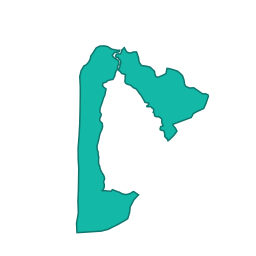 outline of Commonwealth, Grand Cape Mount, Liberia, rotated 68°
{"feature_id": "62588387B80584494728088", "entity_name": "Commonwealth", "entity_type": "district", "adm_level": 2, "iso_a3": "LBR", "parent_name": "Liberia", "parent_adm1": "Grand Cape Mount", "projection": "mercator", "projection_center": [-11.29, 6.738], "detail": "fine", "context": "isolated", "style": "filled", "palette": "teal", "viewbox_px": 256, "rotation_deg": 68, "n_neighbors": 0, "source": "geoboundaries", "source_scale": "gbopen_adm2", "svg_char_len": 3626}
<svg xmlns="http://www.w3.org/2000/svg" viewBox="0 0 256 256"><g transform="rotate(68 128 128)"><path d="M189.1,146.5L189.0,147.6L189.5,150.0L189.5,151.4L189.1,154.4L188.1,156.3L186.9,158.0L184.4,160.0L182.7,162.0L180.4,164.4L179.3,165.6L180.2,167.4L180.0,168.0L178.8,170.6L178.6,171.0L177.3,172.9L177.1,174.2L176.3,175.3L175.9,174.3L174.1,172.3L171.5,171.1L169.4,171.0L167.9,170.2L166.6,168.9L165.5,168.5L162.6,168.3L159.3,169.0L155.8,169.2L152.2,168.5L151.0,168.8L149.5,168.4L147.1,167.5L144.0,166.0L141.7,165.7L138.7,164.6L136.6,164.7L133.9,163.8L132.4,163.0L130.6,161.6L128.3,159.9L126.7,158.8L124.4,157.3L121.9,155.3L119.8,153.0L117.4,151.1L113.9,150.1L112.4,150.9L110.5,151.4L108.7,150.6L107.5,149.4L106.7,148.6L105.2,147.6L103.9,147.9L102.4,148.0L99.0,146.3L97.4,144.9L94.8,142.5L91.1,139.6L89.1,137.4L86.4,135.6L83.6,133.7L81.0,135.3L79.4,135.6L78.0,135.2L77.0,134.1L77.1,132.6L77.3,131.0L76.7,129.9L76.5,128.8L76.7,126.8L77.0,125.1L77.3,123.8L76.1,122.3L74.5,120.5L73.8,120.3L73.6,120.2L71.6,118.5L70.8,117.9L70.3,116.9L69.7,115.7L69.3,115.5L69.0,115.4L67.3,114.8L67.2,114.8L66.7,114.2L66.2,113.6L65.0,112.4L63.7,111.9L62.4,111.8L61.6,112.1L60.5,112.6L57.4,114.9L57.0,114.9L56.9,114.8L55.3,115.5L55.0,115.4L54.8,115.3L54.7,115.2L53.9,114.0L53.7,113.6L53.2,112.8L53.0,111.6L53.7,109.8L53.9,108.4L53.8,107.3L52.8,106.6L52.3,108.1L50.2,111.5L48.6,113.7L48.3,113.9L44.9,116.4L43.0,119.2L41.5,123.4L41.8,127.3L42.2,128.0L44.9,131.8L47.5,135.7L48.4,136.2L49.8,137.1L52.1,139.7L53.8,143.0L53.9,145.6L57.2,149.9L62.1,153.4L72.4,157.0L79.8,160.0L89.8,164.2L98.7,168.0L106.7,171.5L116.5,176.1L128.0,181.8L139.7,186.4L141.7,187.0L147.0,188.8L166.9,197.2L177.2,201.9L183.9,204.3L188.4,206.0L197.0,211.4L205.6,214.4L205.9,214.5L207.3,210.5L210.2,201.7L213.6,191.3L214.5,184.3L214.1,180.0L213.6,173.0L212.9,168.2L212.8,166.9L212.0,162.3L207.5,158.6L206.7,158.1L201.8,155.4L196.8,149.5L194.9,145.5L193.9,143.3L191.6,144.9L189.1,146.5ZM154.8,95.7L154.1,93.2L152.0,88.3L149.3,83.8L145.8,84.1L142.7,85.3L141.3,84.7L141.4,83.9L141.6,76.4L141.9,65.3L139.1,62.1L139.0,61.3L138.6,57.8L138.4,53.9L138.3,50.6L137.5,49.7L134.5,46.6L128.6,41.5L127.9,41.5L127.1,41.5L125.3,43.3L124.2,46.2L119.9,48.9L116.8,51.0L115.4,51.9L114.0,55.9L111.3,58.7L108.9,59.2L104.2,58.1L103.6,58.1L100.0,57.9L97.3,59.0L93.9,60.7L90.7,64.5L88.2,67.9L87.3,69.5L91.8,72.4L92.2,76.9L92.2,81.4L90.6,82.9L89.5,82.9L87.7,82.8L85.3,82.2L79.8,84.7L77.8,87.5L77.5,87.9L75.1,92.1L71.2,93.0L66.6,91.9L60.7,91.6L59.5,94.5L59.5,97.7L57.5,100.5L54.6,101.1L52.1,101.3L52.2,101.8L53.5,104.3L53.4,104.5L54.2,105.0L55.5,105.9L56.0,106.5L56.3,107.3L56.3,107.9L55.7,109.1L55.2,110.7L55.6,111.6L56.9,112.6L58.2,112.6L59.0,110.6L61.2,110.5L62.3,109.7L64.8,110.2L65.2,110.4L66.9,112.0L68.0,112.4L69.2,113.7L71.3,115.0L72.3,114.2L75.2,113.4L76.7,111.3L77.6,110.2L78.2,110.7L79.0,111.3L80.7,111.8L82.4,112.8L83.9,113.5L85.1,113.5L86.4,112.9L87.6,111.7L89.0,109.8L90.7,108.8L92.4,108.1L94.2,106.4L94.4,106.2L94.9,105.8L97.1,105.1L100.5,104.4L101.9,103.8L104.2,103.4L106.0,103.1L107.7,102.9L108.4,102.8L110.5,102.7L111.0,102.0L112.0,100.6L112.6,99.6L113.3,99.7L114.2,100.3L114.4,101.2L114.5,102.1L115.0,102.5L115.4,102.3L116.2,100.3L116.8,98.8L118.1,98.4L120.0,97.2L121.2,97.6L122.3,98.1L122.9,98.8L123.6,98.4L124.4,98.1L125.7,98.5L126.6,98.8L127.7,98.1L128.5,96.8L128.9,95.3L129.8,94.9L130.2,94.4L132.0,93.5L133.0,93.5L134.6,94.3L136.2,94.7L137.6,94.5L138.9,94.6L139.3,95.1L139.0,96.2L139.0,97.2L139.6,97.7L140.5,98.4L141.6,98.8L142.7,97.8L143.7,96.1L144.9,95.8L146.7,96.1L149.5,97.0L151.2,96.7L152.5,95.6L153.4,95.8L154.8,95.7Z" fill="#14b8a6" stroke="#0f766e" stroke-width="1.5"/></g></svg>